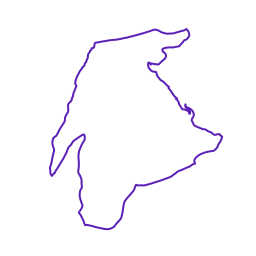 outline of Poplaca, Sibiu, Romania, rotated 343°
{"feature_id": "2599482B54964729595352", "entity_name": "Poplaca", "entity_type": "district", "adm_level": 2, "iso_a3": "ROU", "parent_name": "Romania", "parent_adm1": "Sibiu", "projection": "natural_earth1", "projection_center": [23.913, 45.648], "detail": "fine", "context": "isolated", "style": "outline", "palette": "violet", "viewbox_px": 256, "rotation_deg": 343, "n_neighbors": 0, "source": "geoboundaries", "source_scale": "gbopen_adm2", "svg_char_len": 5738}
<svg xmlns="http://www.w3.org/2000/svg" viewBox="0 0 256 256"><g transform="rotate(343 128 128)"><path d="M58.7,208.4L60.0,208.6L61.1,209.0L65.5,211.5L67.1,212.7L71.6,215.3L75.5,217.4L78.8,218.8L79.6,219.0L82.1,219.1L84.5,218.7L85.8,218.3L87.1,217.5L88.3,216.5L89.5,215.7L91.5,214.6L93.6,213.3L94.8,212.4L95.7,211.3L96.7,209.5L98.1,207.3L98.9,205.3L101.3,200.3L103.2,197.4L105.1,195.8L107.3,194.4L114.8,189.7L115.2,189.4L118.0,186.1L118.3,185.3L119.1,184.7L119.8,185.0L120.1,185.4L120.6,185.8L123.6,186.6L126.5,187.6L131.8,187.9L143.4,187.8L153.0,187.3L155.2,187.0L161.0,184.9L162.2,184.3L163.7,184.0L167.0,183.8L172.5,183.1L175.0,183.0L178.5,181.9L180.2,181.6L181.6,181.6L181.7,181.3L181.8,180.4L181.7,179.1L181.9,178.4L182.3,177.8L183.7,176.6L185.3,175.7L186.8,175.0L189.5,174.3L193.9,173.9L197.2,174.0L198.9,174.2L200.5,174.4L202.0,174.7L203.1,174.8L204.1,174.6L206.7,173.3L207.5,172.7L208.7,171.4L209.8,170.0L210.6,169.3L211.3,168.8L212.8,167.5L214.3,165.7L215.2,164.4L215.4,163.8L215.3,163.4L214.9,162.9L214.7,162.7L214.3,162.2L214.0,161.8L214.0,161.1L213.8,160.8L213.3,160.4L211.7,160.2L210.6,160.1L209.6,160.1L209.0,160.0L208.5,159.7L208.0,159.1L207.4,158.2L206.5,156.9L205.8,156.1L204.3,155.1L203.0,153.8L202.5,153.1L201.5,152.0L201.0,151.7L200.6,151.5L199.9,151.3L199.3,151.0L197.9,150.0L196.0,148.3L194.7,147.4L193.6,146.4L192.4,145.1L191.9,144.4L191.7,143.3L191.6,141.7L191.1,140.0L191.3,139.1L191.7,138.2L192.4,137.4L193.2,137.0L194.4,135.5L195.1,133.8L194.8,130.9L194.1,129.2L193.6,128.5L192.2,126.9L191.2,126.1L190.2,125.3L189.9,124.8L189.6,124.2L189.5,123.5L189.9,122.7L189.8,122.4L189.6,122.5L189.5,122.8L189.2,123.5L189.2,124.5L189.3,125.1L189.6,125.7L191.6,128.3L192.0,129.8L192.1,130.5L191.8,131.7L191.6,132.3L191.3,132.4L191.0,132.3L190.8,132.2L190.8,131.9L191.0,131.7L191.0,131.3L190.9,130.7L190.7,129.9L189.5,128.4L188.8,127.8L187.5,126.9L185.6,126.0L185.2,125.4L185.1,125.2L184.9,124.2L184.7,123.5L184.5,122.4L183.9,120.5L183.9,119.7L183.9,118.1L183.6,116.3L183.1,115.4L182.9,114.8L182.5,114.4L183.4,113.7L182.5,112.8L181.5,110.7L180.5,107.8L180.3,106.7L179.8,105.2L178.5,101.9L178.5,101.3L179.1,100.7L177.5,98.2L175.5,94.2L174.9,93.7L174.0,92.4L173.2,91.8L171.5,87.5L171.2,86.2L171.2,83.4L171.3,82.9L170.9,82.5L169.0,81.6L168.5,81.3L168.1,81.1L166.9,79.9L166.2,78.3L165.8,77.6L165.4,76.1L165.7,73.4L165.9,72.8L166.2,72.0L166.5,71.6L167.0,71.5L167.7,71.9L168.0,72.9L168.4,73.8L169.2,73.1L172.2,74.7L175.4,76.0L176.0,76.1L180.9,73.6L183.2,72.7L184.9,71.3L185.2,70.9L185.4,70.4L185.6,70.0L185.6,69.5L185.6,68.7L185.2,67.3L184.9,66.8L184.0,65.6L183.6,65.1L183.6,64.5L183.9,62.9L184.2,62.5L185.6,62.3L187.0,62.3L189.8,62.7L191.6,63.1L192.4,63.4L194.1,64.0L195.6,64.2L197.8,64.4L199.0,64.6L199.6,64.8L200.3,64.7L201.2,64.6L202.4,63.7L204.5,62.6L205.9,61.7L206.6,61.1L207.6,60.5L208.6,60.5L209.4,60.5L210.4,60.2L211.2,59.7L212.2,58.9L213.3,58.0L213.7,57.6L213.9,56.8L214.0,54.9L214.0,53.9L214.0,53.3L213.8,52.7L213.7,52.4L212.9,50.8L212.8,50.5L210.5,51.0L208.8,51.0L206.3,50.8L205.4,50.9L204.6,50.9L203.7,50.8L202.6,50.8L202.0,50.8L200.8,50.8L200.2,50.9L198.9,50.7L195.2,49.8L193.6,49.5L192.3,48.9L191.0,48.2L190.2,47.6L188.7,46.8L188.0,46.2L186.5,44.5L185.7,43.9L185.2,43.4L184.3,42.7L182.8,41.8L179.5,41.6L177.4,41.8L172.1,41.8L169.7,41.9L168.4,41.7L164.9,41.7L162.8,41.6L161.4,41.6L159.6,41.5L157.7,41.4L152.4,41.2L151.1,40.8L148.7,40.8L142.7,40.1L137.0,38.9L134.8,38.6L131.9,38.3L129.9,37.9L123.3,37.2L122.6,37.0L122.0,36.9L121.6,37.0L121.1,37.4L120.6,37.9L120.2,38.8L119.2,40.8L118.7,41.1L118.1,41.3L117.7,41.1L117.0,41.1L116.6,41.2L116.2,41.9L115.8,42.5L115.4,42.6L114.6,42.9L114.2,43.2L114.1,43.7L113.7,44.1L111.7,45.5L111.3,46.2L110.4,47.8L110.3,48.7L109.8,49.3L109.1,50.3L108.5,50.8L107.6,52.0L107.2,52.8L106.8,53.0L106.0,53.4L105.3,54.0L104.6,55.5L104.1,55.9L102.4,56.4L101.2,57.7L100.3,58.3L99.9,58.7L99.1,59.1L97.8,60.3L97.5,60.6L97.0,61.3L95.4,62.7L94.6,63.5L93.9,64.4L92.4,66.5L91.6,67.6L90.9,68.8L90.6,70.4L90.6,71.6L90.7,72.0L90.7,72.5L90.9,72.8L90.0,73.9L87.4,77.1L86.5,78.2L85.8,79.2L84.2,82.1L83.3,82.9L83.1,83.3L81.9,85.2L81.2,85.7L80.1,86.4L79.3,86.7L79.0,86.9L78.0,87.7L77.6,88.2L77.1,89.0L77.0,89.4L76.9,90.6L76.5,92.2L75.9,93.9L75.7,94.5L75.3,95.1L74.7,95.8L74.0,96.4L73.0,97.2L72.2,98.0L71.7,98.6L70.9,99.7L70.4,100.7L70.0,101.9L69.6,102.7L68.6,103.9L67.2,105.1L66.3,105.8L63.8,108.0L62.7,108.9L62.1,109.4L59.6,112.1L58.4,113.3L57.7,114.0L57.0,114.5L56.1,114.8L54.7,115.3L53.9,115.7L53.4,116.1L52.8,117.0L52.3,117.9L51.4,119.8L51.0,121.4L51.0,123.5L51.0,126.2L51.0,127.3L50.9,127.6L50.2,128.9L47.6,133.1L46.8,134.7L45.4,137.4L45.1,138.1L43.7,140.4L41.8,143.0L41.6,143.6L41.4,145.5L41.1,146.5L40.8,147.5L40.6,149.1L40.7,149.8L41.2,151.4L41.7,151.2L42.7,150.5L43.7,149.9L44.8,149.5L45.5,148.7L46.5,147.7L47.2,147.1L48.7,145.9L53.2,141.9L55.5,139.8L56.4,139.1L57.6,138.1L58.4,137.1L62.3,133.2L63.0,132.1L64.9,129.7L65.6,129.1L66.5,128.4L68.3,127.6L68.8,127.2L69.4,126.6L70.7,125.5L71.7,124.7L72.7,124.3L75.2,123.4L81.4,121.5L83.0,121.2L84.0,121.4L84.1,121.9L84.2,123.0L84.1,123.7L83.8,124.8L83.4,125.6L83.2,126.1L82.9,126.7L82.2,127.5L81.5,128.0L80.8,128.6L78.6,130.7L76.8,132.9L74.8,135.3L73.8,137.0L73.3,138.1L72.6,140.0L71.9,142.0L71.5,144.2L70.8,146.9L70.2,149.0L69.6,150.5L69.2,151.8L68.5,153.1L68.1,154.1L67.7,154.8L67.5,155.7L67.5,156.3L67.5,156.9L68.2,159.5L68.5,163.1L67.9,166.1L67.4,167.3L67.3,168.2L67.0,169.3L66.8,170.2L66.7,171.0L66.3,171.7L64.9,172.9L63.9,174.1L63.0,175.8L61.9,178.8L61.8,179.7L61.6,181.4L61.7,185.5L61.8,188.6L61.7,189.2L61.4,189.6L60.3,191.0L59.6,191.7L58.5,192.7L57.0,193.8L56.5,194.3L56.4,194.7L56.4,195.1L56.5,195.7L57.1,196.9L57.4,197.8L57.6,199.6L57.7,200.0L58.2,202.9L58.3,204.9L58.3,206.6L58.7,208.4Z" fill="none" stroke="#5b21b6" stroke-width="2"/></g></svg>